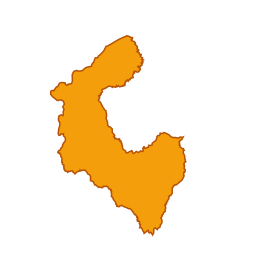 the district of Morales, Cauca, Colombia, rotated 36°
{"feature_id": "7082276B40499260653390", "entity_name": "Morales", "entity_type": "district", "adm_level": 2, "iso_a3": "COL", "parent_name": "Colombia", "parent_adm1": "Cauca", "projection": "robinson", "projection_center": [-76.755, 2.844], "detail": "fine", "context": "isolated", "style": "filled", "palette": "amber", "viewbox_px": 256, "rotation_deg": 36, "n_neighbors": 0, "source": "geoboundaries", "source_scale": "gbopen_adm2", "svg_char_len": 5859}
<svg xmlns="http://www.w3.org/2000/svg" viewBox="0 0 256 256"><g transform="rotate(36 128 128)"><path d="M177.9,102.9L177.2,104.0L176.1,104.2L175.4,104.8L175.0,106.1L173.4,107.3L171.7,107.9L170.9,108.8L168.4,109.8L165.0,109.4L160.5,110.2L159.8,110.5L159.2,112.1L157.2,113.2L157.0,113.5L157.6,113.9L157.9,115.2L157.8,115.7L156.7,116.4L156.4,117.9L157.3,119.2L157.4,120.2L157.9,121.5L156.5,126.0L157.5,127.6L156.1,129.2L154.9,129.8L155.8,131.5L153.9,134.3L153.2,134.6L152.4,133.7L151.9,133.8L151.9,135.7L153.7,137.5L153.6,138.4L151.6,139.2L151.3,140.7L150.7,141.7L148.4,142.1L148.1,144.1L147.0,145.5L146.4,145.4L145.0,144.2L144.3,144.1L144.1,144.9L143.0,146.4L142.6,147.8L141.0,149.2L139.7,148.0L136.9,148.1L135.4,147.5L134.8,146.5L134.1,146.2L133.6,145.4L132.8,145.2L131.9,144.0L131.2,144.1L131.0,143.4L129.4,142.5L129.1,142.6L129.0,143.3L128.5,143.3L127.5,141.8L127.0,142.0L126.6,142.9L125.2,143.8L124.1,143.5L123.5,144.3L122.7,143.2L121.6,143.5L121.5,141.7L118.0,140.9L115.7,138.0L112.7,137.7L111.6,138.2L110.0,137.7L108.1,135.4L104.8,133.2L104.0,132.0L103.7,130.7L102.7,130.0L102.3,129.1L101.0,128.2L99.9,126.9L98.4,127.1L96.6,126.2L95.4,126.0L94.0,125.0L92.6,124.7L91.2,123.6L87.8,123.0L87.3,121.9L87.7,121.0L86.6,119.3L85.9,119.6L85.2,119.0L86.5,117.8L86.1,117.1L86.4,116.2L85.5,115.9L86.1,113.7L84.5,112.6L84.5,111.8L85.6,110.6L85.8,109.6L86.2,109.4L87.2,107.3L87.4,106.0L89.1,104.6L91.6,104.2L91.3,103.4L94.0,102.3L94.3,101.8L93.9,100.4L95.1,100.7L95.3,99.6L96.9,99.6L99.2,97.2L98.8,96.8L100.4,95.6L100.2,94.9L99.5,94.7L99.7,93.9L98.8,93.1L99.1,91.9L98.8,91.2L99.4,90.9L99.1,90.3L99.2,89.4L99.8,89.3L100.2,89.8L100.6,89.8L100.1,89.1L101.0,88.2L100.7,87.7L101.2,87.6L101.0,86.1L102.6,84.2L101.2,83.1L100.7,82.2L100.5,81.2L100.9,79.7L100.1,79.8L100.1,79.0L99.7,78.5L101.3,77.5L102.1,77.6L102.9,77.2L103.6,76.2L103.4,75.4L103.7,74.7L103.3,74.1L103.6,73.4L102.8,72.6L100.5,72.9L99.8,72.5L99.9,72.0L101.3,71.6L102.0,70.9L101.6,70.3L102.4,69.1L101.5,67.8L100.9,67.9L100.4,67.6L100.4,67.1L101.3,66.8L100.8,66.4L101.3,65.8L100.5,65.0L99.4,64.8L100.1,63.9L99.0,64.0L98.6,62.7L97.2,63.0L95.5,62.4L95.8,61.1L95.5,60.7L94.0,61.5L92.5,60.4L91.4,60.9L90.2,60.8L90.9,59.8L90.9,58.7L88.8,58.7L88.6,57.7L87.9,57.3L87.6,56.6L84.3,56.1L84.4,55.3L83.9,54.7L82.0,54.4L81.5,54.8L79.0,55.1L78.7,54.7L79.2,53.6L78.5,52.2L77.4,53.1L76.7,52.9L76.1,53.2L74.9,53.2L73.6,54.0L72.7,54.0L72.3,55.5L71.3,56.7L68.5,61.7L63.5,73.3L62.3,74.8L63.1,80.3L62.3,85.6L61.7,87.3L62.1,88.8L62.0,89.3L60.6,90.1L60.3,90.7L61.7,95.4L61.2,96.4L61.5,98.5L62.2,99.5L58.7,103.4L57.6,106.7L57.5,108.2L55.4,110.4L54.2,111.2L52.6,111.7L51.0,113.8L51.0,115.6L51.5,116.4L51.4,117.5L55.1,122.3L55.9,123.9L56.1,125.6L53.8,127.7L54.0,128.4L53.0,129.5L51.6,129.4L50.8,128.5L50.4,128.5L47.7,130.1L46.4,131.6L46.3,132.9L46.8,135.9L46.0,136.8L45.9,140.0L46.2,141.3L44.4,142.3L43.9,143.8L45.7,146.2L48.5,147.0L54.6,147.3L55.3,146.9L56.8,144.8L58.8,144.3L60.0,144.4L62.2,145.8L62.6,146.6L62.6,148.7L63.1,149.4L65.3,150.6L66.0,153.0L67.8,155.2L68.0,156.0L68.0,156.3L66.3,156.6L65.2,158.4L65.2,159.3L66.3,161.4L67.7,163.1L69.1,163.3L71.3,165.9L72.3,169.0L74.8,173.6L76.4,174.5L77.3,173.7L77.2,172.0L78.4,171.6L79.0,170.9L79.0,171.3L80.9,172.4L82.7,172.6L84.3,174.2L84.9,175.9L84.9,177.3L84.6,178.0L85.0,178.7L84.9,179.6L85.9,181.7L85.6,183.1L86.0,185.7L85.2,187.4L85.4,188.9L86.5,189.2L87.5,188.4L87.9,189.1L88.9,189.0L90.6,190.7L91.4,190.7L92.6,191.6L93.9,193.7L94.7,193.9L94.7,194.8L95.5,194.9L96.4,195.9L98.0,195.7L98.4,196.1L98.6,197.2L99.6,197.6L100.3,198.9L100.7,198.7L101.6,199.0L102.1,199.7L103.4,199.4L104.0,198.9L105.3,199.3L105.5,197.8L106.4,197.5L107.9,195.5L108.8,195.4L109.6,196.1L111.2,195.9L112.0,196.3L112.7,193.1L114.2,191.3L113.9,190.2L114.8,190.5L115.3,189.7L115.8,189.6L116.5,188.2L117.7,187.9L118.2,187.2L120.1,187.9L121.2,187.9L122.1,188.8L124.8,188.5L127.0,189.9L127.0,190.6L128.7,192.7L130.3,192.0L131.5,191.9L134.5,193.6L135.1,193.0L139.0,193.4L139.9,192.3L142.2,191.6L142.6,190.9L142.2,189.7L143.9,188.8L144.7,187.6L145.7,187.8L146.7,187.4L148.1,188.6L150.4,187.7L150.8,189.0L152.0,188.9L152.6,190.4L153.7,191.0L154.5,192.9L155.1,192.8L156.0,193.4L156.8,193.2L158.0,194.4L161.2,195.2L162.4,196.0L162.6,196.6L164.3,196.8L164.6,197.8L165.0,198.0L165.4,197.5L166.9,197.1L167.2,195.9L168.6,194.2L170.8,194.1L173.6,193.2L175.4,193.1L176.2,192.8L176.6,192.3L178.0,192.0L183.2,193.6L184.0,194.2L184.8,193.7L187.1,194.4L187.4,194.9L187.8,194.5L188.3,195.2L188.7,195.0L189.3,195.5L189.1,196.7L189.4,197.0L189.9,197.2L190.6,196.9L190.6,197.7L192.4,197.0L193.4,198.7L194.7,198.7L194.5,199.3L195.5,200.0L195.5,200.7L196.0,201.0L196.2,201.8L197.2,200.8L197.8,200.9L200.7,202.6L201.6,202.7L203.0,203.8L204.3,199.0L205.3,199.4L206.1,200.4L207.3,200.1L207.7,199.0L208.1,198.9L210.8,200.1L210.5,197.9L208.3,194.6L208.7,192.8L211.4,193.0L211.1,191.9L212.1,189.5L211.1,187.1L211.3,186.1L211.0,184.4L209.7,182.6L207.4,181.4L207.6,179.9L207.0,179.3L207.2,178.8L206.8,178.3L207.1,177.1L206.9,177.0L206.6,175.6L207.2,173.5L206.1,172.5L205.6,170.5L204.1,169.5L203.9,168.6L203.4,168.9L202.9,167.8L203.1,167.1L203.7,166.7L202.7,165.6L203.1,165.1L202.7,164.1L203.0,163.8L202.6,163.2L202.6,161.1L202.3,160.5L201.3,159.8L201.7,158.9L201.4,158.2L202.3,157.4L202.1,154.6L199.2,150.9L199.0,149.2L199.3,148.8L198.9,148.0L199.1,147.2L199.4,147.0L199.2,146.2L200.2,145.8L200.6,145.2L202.3,138.3L201.7,134.3L201.5,133.7L200.9,133.7L200.4,132.7L199.7,132.2L199.6,131.2L199.9,130.7L199.2,130.5L199.6,129.5L199.2,128.6L198.6,128.0L197.1,127.7L196.2,125.7L195.8,125.2L195.1,125.3L194.9,124.5L194.2,124.0L194.1,122.6L194.6,121.3L193.8,121.1L193.1,120.0L191.9,119.4L190.7,117.7L189.0,116.5L187.4,115.8L186.2,114.0L186.6,113.0L185.6,112.9L185.0,112.1L184.1,112.8L180.9,112.6L180.3,111.6L179.4,111.5L179.5,110.8L177.9,109.6L178.0,109.0L177.3,108.7L178.3,105.4L177.9,102.9Z" fill="#f59e0b" stroke="#b45309" stroke-width="1.5"/></g></svg>